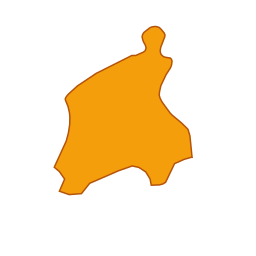 an SVG outline of Monastir, rotated 135°
{"feature_id": "TUN-117", "entity_name": "Monastir", "entity_type": "Governorate", "adm_level": 1, "iso_a3": "TUN", "parent_name": "Tunisia", "parent_adm1": "", "projection": "mercator", "projection_center": [10.678, 35.624], "detail": "fine", "context": "isolated", "style": "filled", "palette": "amber", "viewbox_px": 256, "rotation_deg": 135, "n_neighbors": 0, "source": "natural_earth", "source_scale": "10m", "svg_char_len": 1100}
<svg xmlns="http://www.w3.org/2000/svg" viewBox="0 0 256 256"><g transform="rotate(135 128 128)"><path d="M103.4,61.9L104.1,62.6L110.4,66.1L120.3,69.9L139.8,63.0L143.0,63.8L146.1,65.6L152.0,71.1L148.4,76.4L146.5,84.4L148.2,92.5L151.9,98.2L165.0,104.5L194.2,116.0L207.3,114.5L216.7,122.5L221.2,131.8L208.9,136.7L207.3,145.9L207.9,152.4L181.0,162.4L173.7,166.6L166.6,171.8L161.5,176.7L158.8,179.9L155.2,185.6L152.5,192.0L151.6,193.1L149.4,193.8L146.1,194.1L133.9,193.5L111.8,189.1L74.1,176.6L71.2,173.8L63.5,170.8L61.5,170.5L59.8,171.1L58.5,172.0L57.7,173.4L57.2,174.3L56.1,178.0L55.4,179.5L53.6,182.5L51.5,183.8L49.0,184.3L42.3,183.5L41.0,183.2L39.5,182.5L38.1,181.5L36.7,180.3L35.8,178.9L34.9,177.2L34.8,176.6L34.8,174.1L35.2,169.7L36.0,167.7L37.5,166.5L47.8,161.9L50.6,159.9L51.8,158.3L52.6,156.5L52.5,153.7L51.7,151.8L48.6,147.5L48.7,145.8L49.6,144.1L52.3,142.0L54.2,141.0L56.0,140.4L63.3,138.8L74.8,134.7L80.0,131.4L82.7,129.2L84.3,126.3L85.6,122.1L87.6,109.0L87.7,106.2L86.6,93.7L86.5,86.3L86.6,84.5L89.8,78.6L102.6,63.0L103.4,61.9Z" fill="#f59e0b" stroke="#b45309" stroke-width="1.5"/></g></svg>